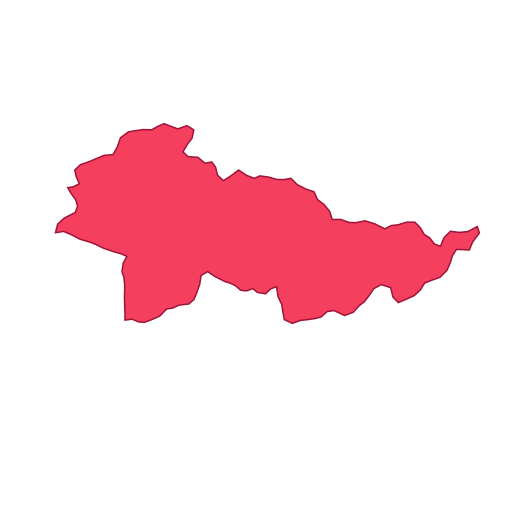 Oliveira Fortes, Minas Gerais, Brazil (Robinson projection), rotated 201°
{"feature_id": "56859067B27870531279876", "entity_name": "Oliveira Fortes", "entity_type": "district", "adm_level": 2, "iso_a3": "BRA", "parent_name": "Brazil", "parent_adm1": "Minas Gerais", "projection": "robinson", "projection_center": [-43.521, -21.329], "detail": "fine", "context": "isolated", "style": "filled", "palette": "rose", "viewbox_px": 512, "rotation_deg": 201, "n_neighbors": 0, "source": "geoboundaries", "source_scale": "gbopen_adm2", "svg_char_len": 2011}
<svg xmlns="http://www.w3.org/2000/svg" viewBox="0 0 512 512"><g transform="rotate(201 256 256)"><path d="M456.0,271.3L452.0,265.3L446.8,260.3L451.3,255.1L456.3,252.4L450.9,248.0L444.4,243.9L440.4,238.5L440.4,231.8L444.5,227.3L448.7,222.5L452.6,214.6L451.5,205.9L444.5,210.0L436.1,209.7L426.4,208.6L416.1,209.4L410.0,209.4L401.1,208.6L390.2,209.0L383.1,209.7L376.4,209.4L377.4,202.0L375.6,193.5L371.6,188.6L368.0,181.5L364.0,170.3L360.6,162.1L357.9,155.8L355.4,149.2L349.0,152.6L342.0,152.4L336.5,154.0L331.1,158.7L324.4,165.3L320.4,174.5L314.9,177.7L310.1,182.7L301.5,187.1L298.4,193.1L298.1,199.6L298.4,209.4L300.3,218.2L295.5,224.1L287.9,222.3L282.0,221.6L275.6,221.0L269.5,221.4L263.8,220.7L258.2,218.5L252.4,220.0L247.3,224.4L241.6,222.5L233.6,224.1L230.5,230.6L225.9,234.7L220.8,225.9L214.6,220.0L211.6,214.6L206.8,206.8L198.0,206.1L191.2,211.9L184.6,215.3L178.4,218.8L173.3,222.5L169.6,229.7L163.6,233.0L151.9,232.2L144.9,238.5L141.8,246.7L138.5,252.0L136.2,259.6L134.3,267.7L128.8,274.2L118.9,274.7L113.5,266.8L106.5,263.5L100.2,269.5L94.0,275.8L90.5,283.0L88.9,291.0L83.3,296.3L76.7,301.9L72.6,311.1L72.2,319.4L72.7,327.0L71.2,334.0L65.4,336.0L59.0,338.1L58.8,346.6L55.7,357.6L60.0,362.8L67.0,354.7L74.9,350.8L83.3,348.8L87.0,340.6L87.3,331.1L93.7,331.2L100.7,335.3L106.6,336.4L112.9,341.4L119.9,344.5L127.3,341.7L134.6,336.0L140.7,332.9L145.5,327.5L156.8,328.6L166.9,327.9L174.5,323.0L181.1,320.7L190.1,320.5L197.9,317.4L203.3,324.1L210.9,328.4L219.0,330.8L224.7,336.7L233.0,336.4L243.0,337.4L251.3,341.0L257.0,337.5L264.0,334.9L272.0,334.3L281.1,332.2L285.4,327.9L293.6,327.9L303.1,330.0L307.9,322.3L313.4,314.6L321.0,317.8L325.6,324.5L331.1,327.9L336.8,324.4L345.7,327.3L355.1,324.4L361.5,327.0L360.0,336.0L357.9,343.2L359.3,351.5L367.3,352.9L374.6,346.6L383.4,346.6L389.2,346.6L393.7,342.3L398.7,336.4L406.7,333.6L412.4,330.4L419.6,326.2L424.9,317.8L424.6,308.2L425.8,299.4L433.8,295.6L440.2,289.5L446.6,283.4L452.6,278.4L456.0,271.3Z" fill="#f43f5e" stroke="#9f1239" stroke-width="1.5"/></g></svg>